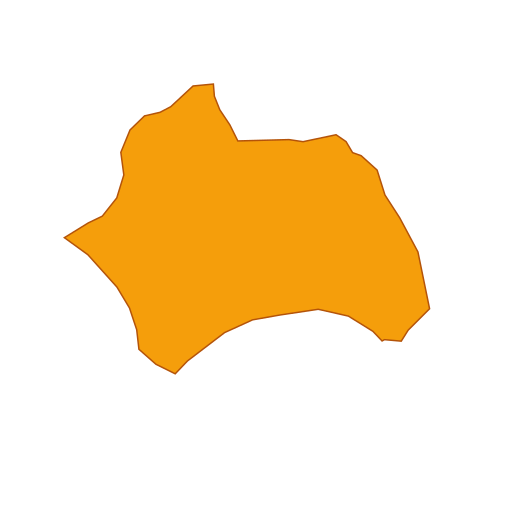 map outline of Luxembourg (Natural Earth projection), rotated 123°
{"feature_id": "LUX", "entity_name": "Luxembourg", "entity_type": "country or territory", "adm_level": 0, "iso_a3": "LUX", "parent_name": "Europe", "parent_adm1": "", "projection": "natural_earth1", "projection_center": [6.062, 49.806], "detail": "fine", "context": "isolated", "style": "filled", "palette": "amber", "viewbox_px": 512, "rotation_deg": 123, "n_neighbors": 0, "source": "natural_earth", "source_scale": "50m", "svg_char_len": 720}
<svg xmlns="http://www.w3.org/2000/svg" viewBox="0 0 512 512"><g transform="rotate(123 256 256)"><path d="M258.6,104.0L255.5,116.9L256.1,145.8L266.8,174.8L292.0,203.3L311.4,224.1L337.3,240.6L381.3,256.3L398.8,259.6L401.3,280.9L398.0,303.4L382.8,315.9L368.5,333.8L357.8,355.7L346.5,397.7L345.0,426.7L319.6,414.7L306.3,406.6L283.1,404.4L260.0,411.0L242.7,425.8L218.9,430.3L199.2,425.8L187.7,414.7L177.2,408.8L147.7,401.4L135.0,385.4L144.7,377.9L153.1,366.0L160.3,349.3L169.4,333.9L140.4,291.7L134.5,278.8L110.7,254.9L111.0,242.8L116.7,231.3L114.6,222.4L118.0,201.2L134.6,181.1L145.7,156.3L164.4,122.4L205.7,81.7L235.3,88.0L248.3,87.8L256.2,102.7L258.6,104.0Z" fill="#f59e0b" stroke="#b45309" stroke-width="1.5"/></g></svg>